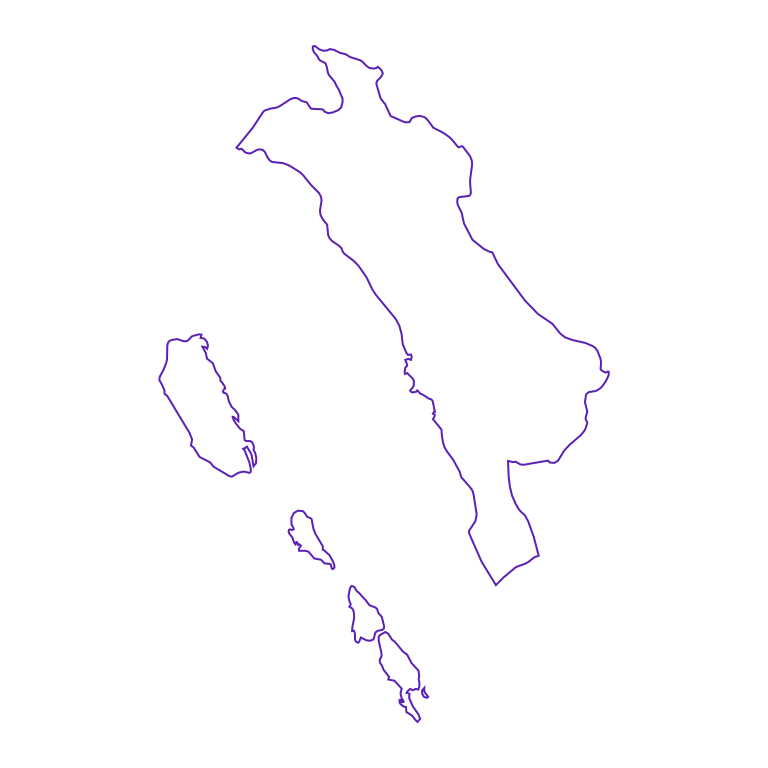 the border of Sumatera Barat
{"feature_id": "IDN-539", "entity_name": "Sumatera Barat", "entity_type": "Province", "adm_level": 1, "iso_a3": "IDN", "parent_name": "Indonesia", "parent_adm1": "", "projection": "natural_earth1", "projection_center": [100.097, -1.223], "detail": "fine", "context": "isolated", "style": "outline", "palette": "violet", "viewbox_px": 768, "rotation_deg": 0, "n_neighbors": 0, "source": "natural_earth", "source_scale": "10m", "svg_char_len": 6087}
<svg xmlns="http://www.w3.org/2000/svg" viewBox="0 0 768 768"><path d="M495.9,585.1L481.6,561.7L469.3,533.8L469.0,530.9L475.4,521.1L476.7,514.2L473.5,494.3L472.6,491.0L470.3,487.5L461.3,477.2L459.7,471.8L453.3,460.0L446.4,450.6L444.5,447.1L443.2,443.3L442.0,436.5L441.4,429.5L432.9,419.0L434.2,417.3L434.8,414.8L432.9,413.6L434.4,411.2L434.8,411.4L432.7,401.2L431.4,399.4L428.6,398.5L422.9,394.7L420.2,393.5L417.3,390.4L416.3,391.7L412.8,392.4L411.4,392.1L410.1,390.5L412.9,387.2L413.7,385.7L413.9,381.3L413.1,379.0L407.2,373.0L405.1,374.0L404.6,372.3L405.3,367.6L406.9,366.0L407.2,364.8L405.3,359.9L408.2,358.9L411.0,359.9L411.7,357.2L411.5,355.8L411.0,354.5L408.0,354.9L406.5,353.1L402.8,344.5L401.5,333.6L399.3,325.6L395.6,318.8L376.0,295.0L372.5,289.7L366.5,277.3L358.8,266.2L354.1,261.2L344.3,253.7L342.8,251.8L341.5,248.2L338.5,245.4L332.3,241.3L329.6,238.3L328.2,235.3L327.1,224.6L322.8,219.4L320.6,215.1L320.2,212.9L320.0,210.1L321.6,200.2L320.9,196.5L318.9,192.9L310.9,184.9L303.1,175.1L300.1,172.3L289.4,165.6L283.4,163.2L272.0,161.9L269.9,160.6L267.9,158.0L264.9,152.0L262.7,149.9L259.3,149.3L256.6,150.1L251.6,152.9L249.3,153.5L246.2,152.8L244.8,152.0L241.7,148.8L238.9,149.3L236.5,147.7L252.7,127.8L262.9,112.3L264.5,110.6L270.1,108.7L276.9,107.5L280.2,105.9L290.2,99.3L293.6,98.0L296.4,98.0L298.7,98.9L302.2,101.2L306.2,102.1L307.0,102.7L310.4,108.0L311.7,108.8L321.8,109.3L323.0,109.6L324.7,111.7L328.2,113.2L332.6,112.5L338.4,110.1L341.2,107.5L342.6,102.0L342.5,98.5L338.6,89.3L336.7,86.3L334.7,81.9L328.7,74.7L327.9,72.6L326.7,66.6L325.4,63.2L320.0,60.4L319.1,59.5L317.3,56.0L313.9,52.2L312.7,48.9L312.8,47.1L313.3,46.1L315.1,46.2L319.4,49.4L323.1,50.7L327.0,50.5L329.9,49.1L333.7,49.8L340.1,52.9L345.8,54.3L350.0,57.0L360.1,60.2L362.0,61.3L366.3,65.7L368.8,67.6L370.9,68.3L374.3,68.5L376.4,68.0L377.9,66.8L381.2,69.8L382.7,73.0L382.5,74.3L381.1,76.8L377.1,80.9L376.4,82.7L376.5,84.3L380.1,96.9L381.2,99.2L385.2,104.2L390.6,116.0L404.9,122.3L409.3,122.2L412.1,117.9L415.4,116.5L419.7,115.9L424.5,117.1L427.4,119.7L433.3,127.7L443.4,132.9L449.1,136.9L452.2,139.9L457.9,146.9L458.8,147.4L461.1,146.3L462.4,146.4L463.2,147.1L470.0,156.1L471.8,160.5L472.1,165.0L470.2,179.0L470.1,182.9L470.9,193.0L469.9,195.2L468.6,196.0L459.1,197.1L457.6,198.4L457.2,201.4L457.7,204.7L461.7,212.9L464.0,223.5L472.4,239.7L483.9,249.0L489.0,251.5L492.3,252.4L497.9,264.1L525.0,300.6L538.1,314.1L552.3,323.7L560.4,333.7L565.0,337.3L572.4,340.0L585.5,343.0L592.3,345.9L595.1,347.7L597.5,351.1L600.5,358.6L601.1,362.2L600.6,369.3L602.4,371.0L605.1,372.4L606.4,372.3L607.9,371.5L608.7,371.8L608.7,374.8L607.5,377.9L605.5,381.7L602.2,386.4L599.4,389.0L595.7,391.0L588.5,392.2L586.1,394.5L584.9,402.2L587.3,411.5L585.6,418.0L585.8,419.7L587.1,422.0L587.2,423.3L585.7,428.2L584.1,431.2L580.8,435.1L569.4,445.0L564.2,450.6L558.1,460.6L554.4,462.9L549.8,462.5L548.0,460.6L523.6,464.8L520.5,464.5L515.6,461.7L513.2,462.1L508.0,461.0L508.7,477.3L509.9,486.7L512.0,495.5L515.9,504.3L518.4,508.6L520.5,511.3L524.9,515.3L528.2,521.3L533.8,537.0L538.7,555.8L534.3,557.3L528.2,562.1L525.2,563.7L515.9,567.1L503.1,577.8L495.9,585.1ZM253.5,449.8L255.2,452.9L256.3,458.0L256.0,463.3L253.5,466.3L251.7,455.4L250.7,453.0L246.9,446.6L245.2,448.0L243.2,448.7L244.7,450.5L249.5,462.7L250.8,469.2L250.8,471.8L249.3,472.9L244.4,471.6L240.8,472.1L238.3,472.8L232.0,476.6L229.5,476.2L213.6,466.7L210.0,462.3L199.6,457.0L193.8,447.7L191.0,445.5L192.1,439.5L189.5,432.9L167.3,396.0L164.5,393.8L164.5,390.5L162.1,384.9L159.3,380.0L159.9,376.5L163.5,369.8L166.1,363.2L167.0,359.7L167.3,345.3L168.2,342.3L169.7,340.9L171.9,339.9L177.3,339.1L183.6,341.2L186.3,341.3L188.3,340.2L191.7,336.5L193.4,335.8L199.3,334.3L201.5,334.7L200.5,337.9L204.2,338.6L206.9,341.8L208.0,345.7L207.1,348.8L205.1,347.0L202.4,346.7L205.8,353.0L207.0,358.6L212.8,363.2L215.8,371.4L220.1,377.4L220.6,381.1L222.1,382.4L224.9,386.8L225.2,388.4L224.6,388.5L223.5,390.1L222.9,391.8L223.7,392.7L226.3,393.6L227.6,395.7L228.9,401.5L231.7,406.9L235.5,410.5L238.3,414.5L238.4,421.2L233.6,416.9L232.7,416.9L233.6,419.9L235.7,423.3L240.3,429.0L243.7,431.0L244.6,439.9L245.9,441.0L250.3,441.1L251.8,442.1L253.3,444.5L254.0,447.5L253.5,449.8ZM409.1,697.8L412.9,706.5L418.5,714.4L420.1,718.8L417.6,721.9L415.9,720.5L411.9,715.4L406.3,712.0L406.0,707.0L403.5,706.5L400.5,704.0L399.6,702.5L399.6,700.0L400.6,700.0L401.3,701.6L402.0,702.1L403.0,702.2L403.7,701.6L401.5,697.8L400.6,694.2L400.6,692.9L401.7,688.6L394.4,680.7L388.3,679.5L389.1,676.9L383.4,669.5L382.1,665.8L380.1,663.0L379.7,661.0L380.0,659.0L381.3,657.1L381.6,655.5L381.2,651.8L378.7,640.7L378.7,636.8L380.1,634.9L385.4,632.0L388.4,633.9L392.0,639.6L394.9,641.8L402.9,651.5L407.2,654.7L411.4,662.9L418.6,670.8L419.2,676.7L418.6,679.1L419.4,682.3L419.3,686.6L418.2,689.6L415.8,688.9L412.9,690.2L410.1,688.9L407.4,691.4L406.6,692.8L409.5,693.8L409.1,697.8ZM381.8,616.9L384.2,626.7L383.7,628.8L382.2,629.9L377.8,630.8L375.9,632.0L374.9,633.9L374.0,638.1L373.1,639.6L369.9,640.8L366.4,640.3L360.8,637.5L359.2,641.8L358.0,642.8L356.1,641.8L355.0,639.5L354.9,633.5L354.1,630.8L352.1,631.1L352.3,627.5L354.1,618.2L354.0,613.8L353.4,610.5L352.0,608.3L349.4,606.7L350.6,604.9L350.5,603.5L349.4,601.2L348.5,596.8L349.4,590.7L350.4,587.4L351.7,585.9L354.3,586.9L356.9,591.3L358.4,592.3L366.0,600.5L368.8,604.4L370.2,605.6L375.0,607.3L377.0,608.8L378.5,613.3L381.8,616.9ZM329.5,555.2L333.1,561.7L334.4,565.4L334.3,568.3L334.3,567.1L333.6,568.7L332.6,569.1L331.7,568.4L330.9,564.7L329.6,563.9L324.6,563.4L321.0,559.7L314.3,558.5L308.5,551.7L305.3,550.8L299.1,550.8L298.9,548.8L300.9,545.7L299.1,544.2L298.3,545.0L297.7,544.8L297.2,542.1L296.2,542.1L295.3,544.2L294.1,542.7L292.4,537.6L289.1,533.2L288.6,531.6L289.0,529.8L290.1,529.4L292.0,530.0L293.7,529.3L293.4,527.8L291.5,524.5L291.4,518.1L293.7,513.2L297.7,510.7L302.9,511.2L304.6,512.8L307.3,517.0L310.0,517.8L311.6,519.1L313.4,528.7L315.4,533.8L322.8,546.3L322.8,549.7L324.3,550.5L329.5,555.2ZM424.3,687.9L424.2,690.9L425.2,693.0L428.1,696.7L427.1,697.8L424.0,696.9L422.2,694.0L422.1,690.5L424.3,687.9Z" fill="none" stroke="#5b21b6" stroke-width="2"/></svg>